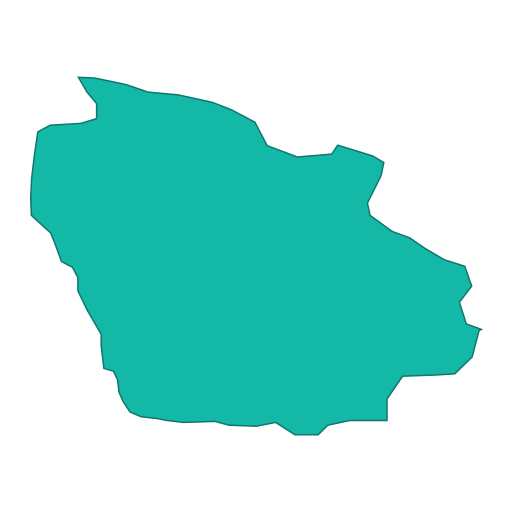 Ydre, Östergötland, Sweden
{"feature_id": "70781695B77319052576645", "entity_name": "Ydre", "entity_type": "district", "adm_level": 2, "iso_a3": "SWE", "parent_name": "Sweden", "parent_adm1": "Östergötland", "projection": "robinson", "projection_center": [15.27, 57.891], "detail": "fine", "context": "isolated", "style": "filled", "palette": "teal", "viewbox_px": 512, "rotation_deg": 0, "n_neighbors": 0, "source": "geoboundaries", "source_scale": "gbopen_adm2", "svg_char_len": 982}
<svg xmlns="http://www.w3.org/2000/svg" viewBox="0 0 512 512"><path d="M481.3,329.4L466.3,323.9L459.4,302.2L471.7,286.1L464.8,266.3L444.2,259.7L425.0,248.4L409.9,238.0L392.1,231.4L370.1,215.4L367.4,203.1L381.0,175.8L383.8,162.6L372.8,156.0L337.7,145.2L331.7,154.1L297.4,157.0L267.2,145.7L254.9,122.2L231.6,109.9L212.4,102.4L178.2,94.9L148.0,92.1L126.1,84.6L94.6,78.0L78.4,77.3L87.0,92.1L96.6,103.6L96.6,118.6L80.8,123.4L50.1,125.2L37.8,131.9L34.3,155.9L31.6,178.8L31.3,186.2L30.7,197.5L31.4,215.4L50.7,233.0L54.9,243.4L61.5,261.6L72.5,267.3L77.9,277.6L77.9,290.9L87.5,310.7L101.2,334.3L101.2,345.7L103.9,368.4L113.5,371.2L117.6,379.8L118.3,385.6L119.0,392.1L123.1,401.5L130.0,412.0L141.0,416.7L157.4,418.6L167.0,420.5L183.5,422.4L215.1,421.4L228.9,425.2L256.3,426.2L275.6,422.4L294.8,434.7L318.2,434.7L327.8,425.2L349.7,420.5L387.0,420.5L387.0,399.0L402.6,376.2L435.6,375.0L454.8,373.8L472.1,357.0L479.0,330.7L481.3,329.4Z" fill="#14b8a6" stroke="#0f766e" stroke-width="1.5"/></svg>